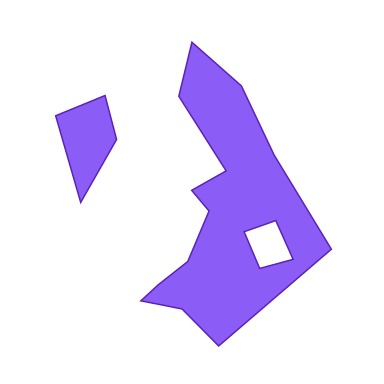 outline of Saint George's, rotated 99°
{"feature_id": "BMU-5140", "entity_name": "Saint George's", "entity_type": "state/province", "adm_level": 1, "iso_a3": "BMU", "parent_name": "Bermuda", "parent_adm1": "", "projection": "orthographic", "projection_center": [-64.685, 32.358], "detail": "fine", "context": "isolated", "style": "filled", "palette": "violet", "viewbox_px": 384, "rotation_deg": 99, "n_neighbors": 0, "source": "natural_earth", "source_scale": "10m", "svg_char_len": 454}
<svg xmlns="http://www.w3.org/2000/svg" viewBox="0 0 384 384"><g transform="rotate(99 192 192)"><path d="M44.1,215.5L79.5,159.8L142.6,116.7L226.7,45.4L339.9,141.6L309.1,183.5L307.5,225.5L289.0,210.9L261.3,185.3L208.1,172.2L190.4,192.6L165.8,161.6L99.5,220.0L44.1,215.5ZM223.1,134.3L256.9,113.2L242.7,81.6L207.1,104.8L223.1,134.3ZM151.9,274.7L219.7,300.3L138.0,338.6L110.3,293.0L151.9,274.7Z" fill="#8b5cf6" stroke="#5b21b6" stroke-width="1.5"/></g></svg>